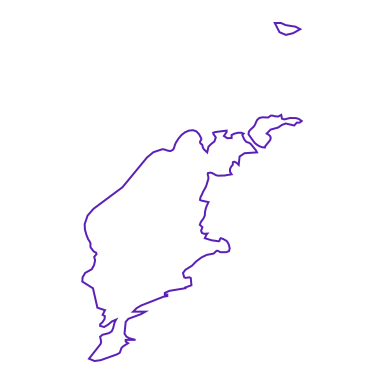 SVG path tracing the border of Gotland
{"feature_id": "SWE-193", "entity_name": "Gotland", "entity_type": "County", "adm_level": 1, "iso_a3": "SWE", "parent_name": "Sweden", "parent_adm1": "", "projection": "natural_earth1", "projection_center": [18.734, 57.653], "detail": "fine", "context": "isolated", "style": "outline", "palette": "violet", "viewbox_px": 384, "rotation_deg": 0, "n_neighbors": 0, "source": "natural_earth", "source_scale": "10m", "svg_char_len": 3166}
<svg xmlns="http://www.w3.org/2000/svg" viewBox="0 0 384 384"><path d="M249.1,142.8L250.9,144.1L255.9,150.3L257.0,152.4L244.6,153.2L239.6,156.5L238.7,164.9L236.7,162.9L234.5,161.7L232.9,162.2L232.7,164.9L231.1,166.7L230.0,169.1L230.0,171.7L231.6,174.3L224.5,175.5L218.2,175.7L216.0,175.2L212.3,173.1L210.3,172.6L207.9,173.1L207.7,174.6L208.3,176.6L208.4,178.8L206.0,186.6L202.9,192.1L202.0,194.5L201.2,195.8L200.4,197.6L200.0,199.9L201.1,200.5L208.5,202.1L206.8,205.7L205.7,208.8L205.0,212.0L204.8,215.6L203.4,218.6L200.9,221.9L199.8,224.8L202.4,227.2L201.1,230.7L201.9,232.9L204.1,233.8L207.3,233.6L206.4,234.7L204.8,238.2L211.7,240.3L218.9,241.3L219.6,240.6L219.9,239.1L220.8,238.2L223.1,239.0L225.9,240.5L226.8,241.2L228.0,242.9L229.0,245.2L229.7,248.4L229.0,251.1L226.1,252.2L220.7,252.2L220.0,252.0L218.0,250.9L217.0,250.7L216.1,251.2L214.0,253.3L212.8,253.8L206.9,254.8L201.4,257.5L196.3,261.3L192.1,265.6L185.4,269.8L183.0,273.0L184.2,277.3L185.6,277.9L189.3,277.3L190.8,278.1L191.4,285.3L185.2,287.5L185.4,288.2L169.6,290.8L164.8,292.9L164.8,294.6L167.3,294.6L167.3,296.1L163.2,296.8L141.1,305.5L136.7,308.1L133.1,311.7L145.3,311.7L141.1,314.1L128.4,318.8L125.7,321.9L124.5,333.7L126.4,336.6L129.2,338.2L135.5,339.9L125.7,339.9L125.7,341.5L128.1,343.2L123.5,346.1L121.5,347.9L119.8,352.7L117.4,354.2L100.6,360.2L94.5,361.0L89.0,358.7L100.6,344.0L101.1,342.0L100.8,339.8L100.1,336.8L102.4,334.8L109.0,333.1L111.7,331.3L113.1,328.4L114.6,322.3L116.1,319.6L111.8,321.5L107.9,324.8L104.1,327.0L100.1,325.9L100.2,324.2L102.5,322.2L104.5,319.1L104.9,316.2L102.6,314.8L103.3,313.6L104.3,311.4L105.0,310.2L97.4,307.7L93.0,288.3L82.3,281.6L82.6,277.3L85.2,272.9L91.8,269.2L94.1,265.0L95.1,260.3L94.2,256.9L96.5,254.1L96.1,252.7L94.4,251.9L93.0,250.7L92.4,249.7L90.7,247.6L90.4,246.3L90.5,243.4L90.0,242.1L88.1,239.1L86.3,234.5L84.9,229.3L84.7,224.1L87.6,215.6L93.5,208.8L122.5,187.2L147.0,157.5L153.4,152.2L162.4,149.2L164.9,149.6L167.6,150.6L170.3,151.1L172.8,149.9L173.9,148.3L174.9,145.0L175.8,142.8L178.5,138.6L181.5,135.0L185.0,132.3L189.0,130.6L193.1,130.2L196.4,131.4L199.0,134.1L201.2,138.2L201.3,139.4L200.8,140.3L200.3,141.1L200.0,142.0L200.4,143.4L201.2,144.0L202.0,144.5L202.4,145.2L202.8,147.4L203.8,149.2L207.2,152.4L208.5,146.6L211.5,143.7L214.4,141.5L215.8,137.4L214.9,136.1L213.5,134.2L213.2,132.7L215.7,132.0L226.6,130.6L226.6,132.0L223.9,136.0L227.3,138.2L231.6,138.0L231.6,135.0L234.3,133.7L237.8,132.8L241.2,132.7L243.6,133.6L242.3,135.0L243.2,137.1L244.4,139.7L246.3,141.9L249.1,142.8ZM290.1,118.0L295.9,118.1L298.7,118.9L301.7,121.0L300.6,122.0L299.5,122.6L298.2,122.7L296.8,122.6L294.2,125.5L285.7,123.5L281.8,125.0L278.2,127.5L270.6,129.6L266.7,133.6L269.0,135.0L270.3,136.4L270.7,137.9L270.3,139.9L265.2,146.3L264.9,147.5L262.0,147.2L259.4,146.2L256.9,144.7L254.6,142.8L248.5,134.3L248.9,131.6L250.2,129.9L253.9,126.5L255.2,124.3L256.1,122.0L257.2,119.9L259.3,118.0L262.2,117.3L268.2,117.5L270.8,115.6L272.3,115.6L275.1,116.3L278.3,116.5L281.2,114.9L282.0,118.7L284.3,119.4L290.1,118.0ZM300.2,29.2L293.1,33.2L285.9,34.9L279.5,32.2L274.8,23.0L281.0,23.0L285.6,25.1L295.6,26.7L300.2,29.2Z" fill="none" stroke="#5b21b6" stroke-width="2"/></svg>